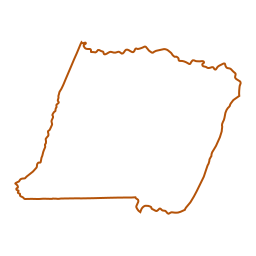 Dam Doi, Cà Mau, Vietnam
{"feature_id": "81297802B79677528710757", "entity_name": "Dam Doi", "entity_type": "district", "adm_level": 2, "iso_a3": "VNM", "parent_name": "Vietnam", "parent_adm1": "Cà Mau", "projection": "mercator", "projection_center": [105.265, 8.963], "detail": "fine", "context": "isolated", "style": "outline", "palette": "amber", "viewbox_px": 256, "rotation_deg": 0, "n_neighbors": 0, "source": "geoboundaries", "source_scale": "gbopen_adm2", "svg_char_len": 5628}
<svg xmlns="http://www.w3.org/2000/svg" viewBox="0 0 256 256"><path d="M81.5,42.3L80.6,44.1L76.8,53.2L74.0,59.5L71.4,65.7L65.6,79.3L63.7,83.9L62.8,85.9L61.4,88.8L59.5,91.9L59.2,93.0L58.9,94.4L58.5,95.5L58.4,96.2L58.5,97.8L57.8,100.2L57.9,100.9L58.4,101.6L58.7,102.2L58.7,102.6L58.5,102.9L58.0,103.4L56.6,104.6L56.5,104.9L56.4,105.2L56.4,105.6L56.5,106.7L56.5,107.2L56.2,107.6L55.9,108.2L55.6,109.0L55.4,110.9L55.2,111.2L54.3,111.8L53.6,112.6L52.5,114.5L52.4,115.2L53.0,116.3L53.0,116.7L53.0,117.1L53.0,117.5L51.7,120.3L51.5,121.2L51.6,121.9L52.0,123.6L52.1,124.3L52.0,124.8L50.7,127.7L49.9,129.4L49.7,129.8L49.3,130.2L48.6,130.7L48.1,131.2L48.0,131.6L48.0,132.1L48.4,133.9L48.4,134.6L48.4,135.2L48.2,135.8L47.8,136.3L46.9,137.3L46.0,138.5L45.7,139.1L45.8,139.8L46.0,141.1L46.0,142.0L45.9,142.8L45.9,143.1L45.0,144.6L45.0,145.3L45.1,145.9L45.2,146.7L45.1,147.3L43.9,150.1L43.2,152.1L42.3,155.8L41.5,157.7L40.8,161.5L40.6,162.2L40.3,162.5L40.0,162.6L38.6,162.6L38.3,162.7L37.9,163.1L37.4,163.7L37.1,164.5L36.8,166.9L36.5,167.6L34.2,170.2L32.8,171.7L27.2,176.1L26.0,177.2L25.4,177.9L25.1,178.2L24.5,178.4L22.3,178.6L21.5,178.8L20.8,179.1L20.3,179.5L19.7,180.3L19.0,181.4L18.4,181.7L16.1,182.8L15.6,183.1L15.4,183.6L16.0,184.1L17.3,185.3L17.8,186.3L17.9,187.1L17.7,187.7L16.8,188.2L16.5,188.5L16.3,189.0L16.6,189.8L17.3,190.2L18.3,190.5L18.5,190.7L18.5,191.0L18.4,191.4L18.0,192.0L17.9,192.4L18.0,192.8L18.2,193.1L18.5,193.3L19.4,193.5L19.8,193.7L20.0,194.1L20.0,195.2L20.2,195.8L20.4,196.1L21.4,196.6L22.8,197.3L23.3,197.7L23.9,198.4L24.4,198.8L25.0,199.0L30.0,198.9L32.9,198.9L37.3,199.0L39.1,199.0L43.4,198.7L51.6,198.9L52.4,198.8L52.7,198.6L56.2,198.7L57.9,198.9L59.2,198.8L60.4,198.6L61.8,198.5L63.9,198.5L79.0,198.3L80.5,198.4L93.0,198.2L108.2,197.8L118.3,197.6L131.9,197.5L135.4,197.3L135.6,197.9L135.9,198.2L136.5,198.7L137.3,199.2L137.7,199.5L138.0,199.8L138.2,200.2L138.3,201.0L138.3,201.6L138.1,202.2L136.5,205.8L136.3,206.5L136.3,207.0L136.4,207.3L136.9,208.4L137.8,209.8L138.7,210.9L140.3,212.1L141.0,210.2L141.7,208.6L142.4,207.7L143.2,206.9L144.2,206.2L145.2,205.8L146.2,205.8L148.2,205.9L149.2,206.2L150.3,206.6L151.1,207.1L151.4,207.7L151.5,208.4L151.8,208.8L152.3,209.1L153.4,209.6L155.2,210.6L155.9,210.9L156.4,211.0L157.1,210.8L158.1,210.0L159.4,208.7L159.8,208.6L160.2,208.6L160.5,208.8L161.1,209.2L161.5,209.7L162.1,210.2L162.7,210.5L164.3,210.7L165.3,210.9L165.7,211.2L166.1,211.6L167.0,212.7L167.5,213.2L168.0,213.5L168.4,213.6L168.7,213.7L169.2,213.4L169.7,213.1L170.7,212.6L171.3,212.3L172.0,212.3L175.2,212.7L177.9,212.6L180.5,211.8L183.4,210.5L184.9,209.8L185.2,208.9L186.0,207.6L190.4,202.3L193.9,196.5L196.8,191.0L203.8,176.7L206.5,168.6L207.6,165.4L208.6,163.6L209.3,161.1L209.5,159.4L210.4,157.7L210.9,156.8L211.3,156.3L211.6,153.9L212.2,152.2L213.8,149.6L216.0,145.9L219.9,137.2L221.7,131.4L221.9,129.3L222.1,127.8L222.2,126.4L222.0,125.6L222.1,124.1L222.4,123.3L222.9,122.0L223.9,119.9L224.5,117.7L225.4,112.9L226.5,110.1L227.8,108.1L229.1,106.8L229.8,105.9L230.1,104.7L230.8,103.4L233.3,100.1L235.4,98.6L239.3,95.9L239.2,95.3L239.1,93.4L239.2,90.6L239.5,87.3L239.6,86.6L239.7,85.9L240.6,83.4L240.6,82.8L240.3,81.8L240.0,81.4L236.5,79.2L235.7,78.5L235.4,78.0L235.1,77.4L235.1,77.0L235.2,76.2L235.5,75.1L235.6,74.6L235.5,73.6L235.1,73.1L233.9,72.1L232.8,71.1L231.2,69.4L230.6,68.9L229.8,68.5L229.4,68.4L227.6,68.1L227.1,67.9L226.6,67.6L226.2,67.1L225.7,66.3L225.4,65.6L225.1,64.3L224.9,63.8L224.6,63.5L224.3,63.5L224.0,63.5L223.7,63.5L223.0,63.8L220.8,64.9L219.6,65.5L218.9,65.9L218.2,66.4L217.7,66.8L216.7,68.2L216.4,68.7L216.0,69.2L215.8,69.4L215.5,69.5L215.1,69.5L214.7,69.3L214.3,69.0L214.1,68.6L213.7,67.9L213.4,67.6L213.1,67.3L212.7,67.2L211.9,67.2L211.2,67.4L210.3,67.7L209.0,68.0L208.7,68.0L208.1,68.0L207.4,67.8L205.9,66.9L203.8,66.4L203.2,66.2L202.6,65.7L202.3,64.7L202.3,64.4L202.4,64.2L202.7,63.7L203.8,62.9L203.9,62.7L204.0,62.3L203.9,62.0L203.7,61.6L203.4,61.4L202.9,61.2L202.3,61.1L202.1,61.1L200.2,61.3L198.4,61.3L196.3,61.2L195.8,61.1L194.1,60.4L193.4,60.3L192.9,60.3L192.7,60.4L192.3,60.7L191.4,61.8L191.0,62.4L190.5,63.4L190.3,63.7L190.0,63.9L189.6,64.0L189.0,63.9L188.2,63.4L186.2,62.3L184.3,61.5L183.6,61.3L182.3,61.0L180.0,60.9L179.3,60.8L179.0,60.5L178.7,60.1L178.6,59.7L178.6,59.0L178.5,58.5L178.4,58.3L178.1,57.9L177.7,57.5L177.0,57.0L176.3,56.7L175.8,56.7L174.8,56.8L174.5,56.7L174.4,56.6L173.8,56.2L172.7,55.2L172.3,54.6L171.5,53.4L171.0,52.8L168.0,50.4L167.3,49.9L165.7,49.3L165.2,49.2L164.2,49.1L163.5,49.2L157.1,50.6L155.9,50.9L155.3,51.2L154.3,51.7L153.0,52.6L152.8,52.7L152.4,52.7L152.0,52.6L151.6,52.5L150.9,52.0L149.3,50.9L148.6,50.2L147.9,49.3L145.9,46.9L145.5,46.7L145.1,46.6L144.8,46.6L144.4,46.7L142.3,47.7L141.2,48.1L139.7,48.6L137.9,49.0L137.3,48.9L136.3,48.5L136.0,48.5L135.5,48.8L135.1,49.3L134.3,51.0L133.8,51.6L133.4,52.0L133.1,52.1L132.6,52.1L132.0,52.0L130.6,51.3L128.8,50.2L128.1,49.9L127.4,49.7L126.6,49.7L126.0,49.8L125.4,50.3L124.8,51.0L124.0,52.2L123.4,52.9L122.8,53.4L122.2,53.5L121.6,53.5L119.8,52.2L119.2,51.9L118.8,51.8L118.2,51.8L115.5,52.6L114.6,52.6L113.8,52.6L111.6,52.0L111.0,51.9L110.2,51.9L109.5,52.1L108.2,52.8L106.9,53.6L105.8,54.1L105.1,54.3L104.7,54.3L104.3,54.2L103.9,53.9L103.7,53.4L103.3,52.0L102.9,51.6L101.2,51.1L99.3,50.1L98.7,50.0L97.9,50.1L97.5,50.6L96.4,51.9L95.8,52.2L95.4,52.4L93.4,52.1L91.2,52.0L91.0,51.8L91.0,50.5L90.8,49.7L90.5,49.3L89.9,49.0L89.2,49.0L87.8,49.0L86.9,48.9L86.0,48.7L85.3,48.3L84.6,47.6L84.0,46.6L83.7,46.1L83.7,45.6L83.8,45.0L85.5,43.8L85.8,43.5L85.8,43.2L85.7,42.9L85.5,42.7L85.2,42.7L84.3,42.8L83.5,43.1L82.9,43.2L82.4,43.1L82.0,42.9L81.5,42.3Z" fill="none" stroke="#b45309" stroke-width="2"/></svg>